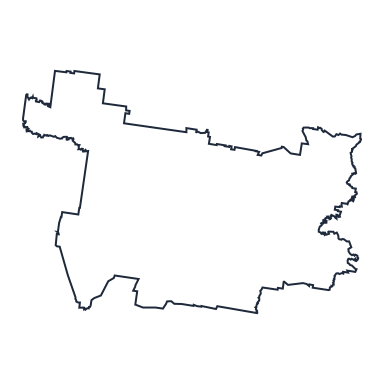 the district of Forbes, New South Wales, Australia
{"feature_id": "25037944B5205782179519", "entity_name": "Forbes", "entity_type": "district", "adm_level": 2, "iso_a3": "AUS", "parent_name": "Australia", "parent_adm1": "New South Wales", "projection": "orthographic", "projection_center": [148.127, -33.379], "detail": "fine", "context": "isolated", "style": "outline", "palette": "slate", "viewbox_px": 384, "rotation_deg": 0, "n_neighbors": 0, "source": "geoboundaries", "source_scale": "gbopen_adm2", "svg_char_len": 5920}
<svg xmlns="http://www.w3.org/2000/svg" viewBox="0 0 384 384"><path d="M87.3,308.2L88.7,308.4L89.0,307.0L89.8,307.1L90.6,305.7L91.5,300.1L94.4,298.0L100.9,295.5L108.2,281.3L113.8,278.0L114.7,275.5L138.6,279.0L135.5,285.1L135.2,286.7L133.2,290.7L137.2,291.3L135.3,304.6L142.9,307.5L155.4,307.5L162.9,308.6L165.9,304.1L167.1,301.4L171.2,301.2L174.3,303.8L181.7,304.0L193.5,305.9L193.7,304.8L196.9,306.1L201.3,306.7L201.4,306.0L216.0,309.0L217.3,306.2L257.1,313.1L257.3,312.2L256.6,311.5L257.0,310.7L255.9,309.4L256.2,307.8L255.5,307.3L256.4,306.7L256.5,305.2L257.4,304.0L257.1,303.3L258.0,303.0L257.8,302.1L259.2,300.6L259.3,298.8L258.5,297.7L259.2,297.2L259.5,295.6L260.5,294.2L260.8,293.1L260.3,290.8L261.4,289.8L262.5,287.5L277.6,289.7L277.9,287.9L282.8,288.6L283.7,281.8L284.2,281.7L288.0,284.9L303.0,283.1L306.6,284.0L309.1,286.0L309.3,284.4L313.1,285.1L312.7,287.7L328.7,290.1L329.6,289.8L329.9,287.4L331.6,286.6L331.5,285.9L332.4,286.1L333.1,284.4L333.7,284.5L333.6,283.2L333.1,282.7L333.9,281.7L333.4,280.5L334.2,279.8L333.9,279.1L334.4,278.8L334.2,278.5L334.8,276.5L334.5,275.9L336.4,273.4L338.2,273.3L339.3,274.0L342.0,273.1L343.3,273.6L343.4,272.9L342.6,272.9L343.0,271.8L348.1,272.6L347.3,270.6L355.3,271.9L356.5,269.2L355.3,268.9L351.9,265.5L350.0,265.0L349.3,263.8L347.8,263.1L347.6,260.6L348.4,258.8L349.2,258.7L350.7,259.6L351.6,258.8L354.0,259.8L355.5,258.6L356.2,260.1L355.1,260.6L356.1,261.1L357.8,259.5L358.2,258.0L357.4,257.1L357.5,256.0L356.5,255.1L355.3,254.7L354.6,255.7L353.4,254.5L352.0,255.2L350.2,253.9L348.6,251.5L348.4,249.0L351.3,247.3L349.1,241.4L346.7,241.4L344.0,239.3L342.2,239.0L341.4,239.7L339.2,239.2L338.5,238.5L338.3,235.6L336.8,232.6L334.3,233.7L333.4,231.8L328.5,231.6L328.2,232.0L329.0,233.8L326.1,234.7L325.4,233.3L324.5,234.8L324.1,234.3L324.0,232.6L322.9,232.5L322.6,233.7L321.9,234.0L321.1,233.5L320.9,232.6L318.8,231.8L318.7,229.9L319.8,226.6L321.6,225.4L321.8,224.3L321.1,223.4L321.6,223.0L322.9,223.7L323.6,223.1L323.2,221.4L323.9,221.2L325.4,222.8L326.4,222.7L326.5,220.7L324.0,219.8L325.1,219.2L325.5,218.1L327.5,217.8L327.1,216.6L328.6,216.5L328.8,218.4L330.3,219.0L330.9,218.4L330.6,218.1L330.1,218.5L330.3,217.5L331.6,216.3L331.0,215.5L331.4,214.9L335.6,217.0L335.2,217.6L335.7,218.0L335.9,217.5L336.5,218.2L336.4,214.7L337.2,214.8L338.4,216.5L338.7,216.0L339.3,216.8L339.9,216.7L339.5,215.8L341.0,211.7L337.9,211.2L338.1,210.2L334.8,209.7L335.3,206.6L339.7,207.1L339.8,206.3L341.8,206.6L341.5,204.9L341.8,203.0L346.6,203.8L347.0,203.5L347.6,204.1L348.6,201.3L350.1,200.8L350.1,200.0L350.8,199.6L353.2,201.2L353.8,199.7L353.1,198.5L351.7,198.2L352.3,196.5L353.5,196.6L353.7,197.7L354.5,197.7L355.1,197.2L354.6,195.6L356.8,193.9L356.6,192.3L355.2,192.1L355.8,188.6L352.3,188.1L352.0,186.8L350.5,186.3L350.1,185.2L349.4,185.1L349.6,184.4L347.4,183.8L346.7,182.5L347.3,181.5L349.0,180.4L349.5,178.4L350.5,177.4L350.7,176.4L352.5,174.7L352.3,173.9L353.1,174.0L353.2,173.4L354.3,173.1L355.1,173.9L356.1,173.3L355.3,168.5L354.7,168.3L354.5,166.8L353.7,166.8L353.6,165.7L352.9,165.6L352.1,163.6L352.5,162.6L351.7,161.5L351.7,159.1L351.1,157.4L351.5,156.5L350.6,152.9L352.0,151.8L352.0,149.2L352.7,149.4L352.9,148.4L355.9,146.1L356.4,144.7L359.9,142.0L359.6,141.5L360.5,140.8L361.0,139.5L360.9,138.9L360.2,138.6L360.5,133.8L356.3,134.5L355.1,136.0L352.5,137.2L345.8,135.0L341.4,134.6L340.1,133.6L338.5,135.0L336.4,134.2L334.9,136.4L332.9,136.6L324.7,130.6L323.7,132.0L323.3,131.8L321.7,129.9L321.6,128.8L320.2,127.8L319.5,128.1L318.1,127.3L317.7,129.7L313.0,129.0L313.1,128.2L309.6,128.1L308.5,127.5L303.6,127.6L302.8,128.7L303.1,129.4L302.5,131.1L305.7,137.2L306.4,140.5L307.4,141.4L308.1,144.2L301.8,143.4L300.0,154.9L290.6,153.4L283.6,147.0L281.8,146.7L281.6,148.0L262.4,153.3L261.3,155.5L257.7,154.9L259.1,151.9L256.0,151.3L256.3,150.9L235.0,147.1L234.5,149.8L231.1,149.3L231.6,146.4L229.3,145.9L229.1,146.9L224.9,146.2L225.4,145.4L216.9,144.0L216.7,145.1L208.9,143.8L210.0,136.9L208.1,136.5L208.7,132.4L207.2,132.1L207.6,129.9L206.9,129.8L206.5,130.6L206.8,131.4L205.9,131.6L205.2,132.8L200.8,133.1L197.8,131.6L196.5,132.2L196.1,133.0L196.6,129.7L186.4,128.1L186.4,132.2L124.0,123.3L125.4,113.2L129.2,113.8L129.6,110.9L126.1,110.4L126.2,106.5L102.9,103.3L104.7,89.3L97.9,88.4L99.7,74.4L74.4,71.0L74.1,73.4L70.4,72.9L70.6,71.6L66.6,71.0L66.4,72.3L55.0,70.9L50.3,107.2L48.0,106.2L48.4,104.7L49.7,104.8L49.3,103.8L46.8,103.6L46.8,104.5L45.3,103.8L45.1,104.6L44.5,104.5L42.9,102.9L42.4,101.5L42.0,101.3L41.8,102.0L41.0,100.7L40.0,100.5L39.1,102.1L36.0,101.5L35.8,100.8L36.7,99.7L36.4,98.3L33.1,97.8L32.9,96.8L32.5,97.9L31.9,97.3L31.1,97.5L31.3,98.0L30.1,98.0L29.0,99.5L27.4,96.6L27.5,94.4L26.8,94.3L26.2,94.9L23.0,118.8L23.2,120.4L24.0,121.4L25.7,121.2L25.8,121.9L25.2,123.0L24.6,122.8L23.9,124.4L23.3,124.1L23.4,125.8L23.9,126.8L24.3,126.2L24.8,126.6L24.8,127.3L27.3,127.0L27.6,128.3L28.3,128.6L27.3,129.6L26.5,129.5L26.7,131.4L28.5,131.1L28.6,130.5L29.8,130.6L29.9,131.3L31.8,131.7L31.9,132.8L33.1,134.0L34.4,133.6L36.4,134.1L36.6,133.2L39.5,134.6L38.5,135.5L38.3,136.5L40.1,135.4L41.2,137.5L42.9,137.4L43.5,135.9L44.4,135.6L44.4,134.9L46.8,135.7L47.6,134.3L47.5,134.9L48.4,135.9L50.0,135.4L53.9,136.8L55.2,136.1L56.9,137.8L60.1,138.7L62.2,138.4L62.4,137.6L63.7,136.9L66.8,136.8L67.4,137.4L66.6,138.7L66.6,139.6L67.0,139.8L68.7,139.4L69.3,138.1L71.0,137.9L71.4,138.6L73.2,138.3L73.5,139.1L72.7,140.7L75.1,142.9L75.4,144.4L77.0,144.3L77.4,144.9L79.4,145.1L78.6,146.7L78.9,148.4L78.5,149.2L79.9,149.1L80.6,149.6L81.8,148.7L82.8,148.9L82.6,150.6L83.1,151.6L85.2,151.3L84.8,150.5L85.5,149.9L86.2,151.3L88.1,151.0L79.9,207.9L79.3,207.9L78.3,214.5L62.2,212.1L61.4,217.1L60.9,217.0L59.1,223.0L57.9,232.1L57.3,232.0L58.5,233.1L58.7,234.3L56.8,234.0L55.7,245.2L56.9,246.3L59.7,246.7L67.9,275.4L75.5,297.3L75.4,298.9L76.2,300.1L76.3,301.6L78.2,302.5L79.9,302.5L79.3,307.7L83.5,307.6L84.0,309.2L84.7,308.3L85.5,309.6L87.3,308.2Z" fill="none" stroke="#1e293b" stroke-width="2"/></svg>